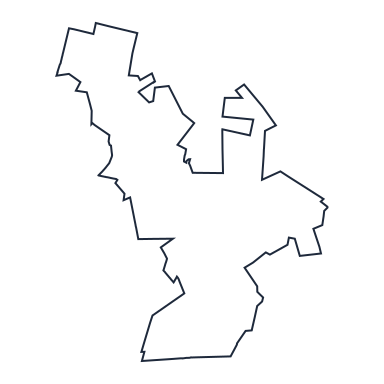 Tubutama, Sonora, Mexico (Albers equal-area conic projection)
{"feature_id": "50627088B99334846308648", "entity_name": "Tubutama", "entity_type": "district", "adm_level": 2, "iso_a3": "MEX", "parent_name": "Mexico", "parent_adm1": "Sonora", "projection": "albers", "projection_center": [-111.464, 30.932], "detail": "fine", "context": "isolated", "style": "outline", "palette": "slate", "viewbox_px": 384, "rotation_deg": 0, "n_neighbors": 0, "source": "geoboundaries", "source_scale": "gbopen_adm2", "svg_char_len": 3539}
<svg xmlns="http://www.w3.org/2000/svg" viewBox="0 0 384 384"><path d="M141.9,361.0L173.2,358.9L181.0,358.3L181.7,358.3L182.4,358.3L182.5,358.4L182.8,358.3L183.1,358.3L183.4,358.3L183.5,358.3L186.2,357.9L189.7,357.8L190.9,357.4L191.0,357.5L197.5,357.3L230.6,356.4L234.9,348.4L236.9,344.6L237.0,343.4L245.6,330.9L251.7,330.4L251.9,329.9L251.9,329.6L254.7,317.4L257.2,306.0L262.1,301.5L263.1,297.5L259.4,293.9L257.3,291.8L257.2,286.3L244.6,267.7L253.0,262.6L265.3,252.8L265.6,252.5L265.8,252.4L269.9,254.6L287.5,244.8L288.9,237.6L294.8,238.7L299.8,255.9L321.0,253.5L319.4,246.8L313.4,228.8L322.3,225.1L323.6,216.4L324.2,210.9L327.5,207.6L327.4,206.7L326.7,206.2L320.8,201.6L323.5,199.0L287.9,176.3L280.4,171.4L262.0,179.8L262.4,174.1L263.6,156.6L263.9,149.3L264.0,148.6L265.0,130.9L270.3,128.2L275.9,125.4L262.7,106.8L244.1,84.5L235.8,90.4L242.0,97.9L224.8,97.9L222.5,116.6L253.3,119.6L249.9,135.4L222.4,129.3L222.3,130.1L222.5,149.7L222.9,167.4L223.0,173.1L213.0,173.0L192.7,172.8L190.1,165.6L188.9,163.2L190.1,159.2L188.6,159.3L186.5,161.0L186.3,162.7L184.0,161.5L184.0,159.6L184.7,155.4L185.2,154.4L186.1,149.2L177.5,144.8L193.0,124.7L194.2,123.1L192.7,121.8L182.8,113.7L168.7,86.0L154.9,87.6L153.2,101.1L149.1,102.4L138.6,92.2L139.1,91.8L139.3,91.3L153.6,82.1L153.7,82.4L155.0,81.5L151.9,73.4L140.7,79.8L140.5,80.0L140.2,80.2L137.9,76.0L128.8,75.4L132.4,53.5L132.5,53.0L133.4,49.2L137.3,33.1L109.0,26.3L95.8,23.0L95.1,26.6L93.4,34.0L74.1,29.3L69.0,28.3L63.1,52.7L62.9,53.3L62.6,54.7L62.5,55.3L61.9,57.5L61.7,58.4L61.6,59.0L61.3,60.1L61.1,60.9L60.9,61.7L60.8,62.4L60.5,63.6L59.9,64.4L59.6,65.3L57.4,72.2L57.6,72.3L56.5,75.7L68.9,73.9L71.9,76.0L80.4,82.1L75.9,90.7L86.8,92.3L90.1,104.5L91.7,110.8L91.4,124.2L92.4,123.1L94.6,125.0L109.4,135.2L108.6,141.5L109.6,144.9L111.0,145.6L111.6,151.4L112.1,155.2L111.8,156.7L109.2,163.2L106.4,166.7L105.8,167.5L105.7,167.6L105.5,167.8L105.4,168.0L105.2,168.2L104.9,168.5L104.7,168.8L104.4,169.1L104.1,169.5L103.9,169.7L103.8,169.8L103.7,169.9L103.5,170.1L103.3,170.3L102.9,170.8L102.4,171.4L101.9,171.9L101.4,172.4L101.1,172.7L100.6,173.2L100.3,173.5L100.0,173.8L99.8,174.1L99.4,174.5L99.1,174.7L98.9,175.0L98.6,175.2L98.5,175.4L98.7,175.5L99.2,175.6L99.6,175.7L99.8,175.7L100.2,175.8L101.0,176.0L101.4,176.1L102.0,176.2L102.4,176.3L103.1,176.4L103.9,176.6L104.8,176.8L105.2,176.8L105.4,176.9L105.8,177.0L106.2,177.1L107.1,177.2L108.1,177.4L109.1,177.6L110.8,178.0L113.2,178.5L115.0,178.8L115.5,178.9L115.8,179.0L116.1,179.0L116.3,179.1L117.4,179.9L115.4,183.1L124.5,193.7L123.6,200.2L130.1,197.4L135.6,225.2L135.6,225.3L135.7,226.0L136.1,227.5L138.3,239.1L152.6,238.9L172.9,238.7L160.8,247.4L164.3,253.3L165.2,255.1L165.4,255.5L165.7,256.1L166.1,256.9L166.8,258.2L167.0,258.8L166.8,259.4L166.6,260.2L166.4,260.9L166.2,261.5L166.1,261.9L165.8,262.7L165.5,263.5L165.3,264.2L165.1,264.9L164.7,266.3L164.2,267.9L163.8,269.3L163.4,270.4L163.8,270.9L164.3,271.4L164.8,271.9L165.3,272.6L165.8,273.2L166.5,274.0L167.4,275.1L168.2,276.0L169.5,277.6L170.2,278.3L171.0,279.4L172.0,280.5L172.6,281.2L173.2,281.9L173.6,282.4L174.3,281.3L174.8,280.3L175.7,278.8L176.5,277.4L176.9,276.6L177.4,277.2L177.8,277.7L178.1,278.2L178.5,278.9L178.6,279.1L179.2,280.6L179.4,281.2L179.6,281.8L179.9,282.4L180.1,283.0L180.3,283.5L180.5,284.0L180.7,284.5L180.9,284.9L181.3,286.0L181.7,286.9L182.0,287.7L182.3,288.4L182.5,289.0L183.0,290.1L183.3,290.9L183.6,291.7L184.0,292.6L184.2,293.1L184.3,293.4L152.5,315.5L150.1,322.8L144.3,342.1L141.4,351.9L144.4,351.8L141.9,361.0Z" fill="none" stroke="#1e293b" stroke-width="2"/></svg>